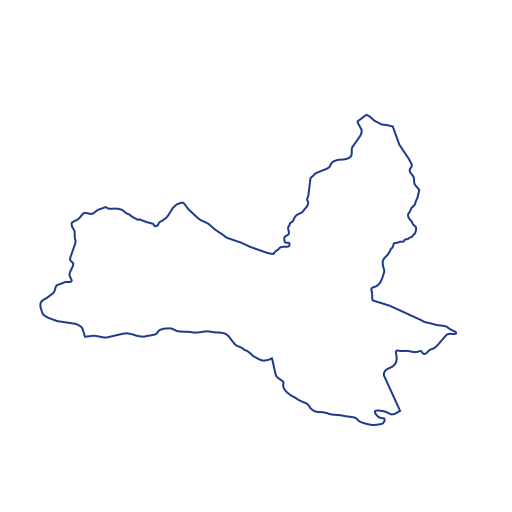 the Province of Khon Kaen, rotated 97°
{"feature_id": "THA-438", "entity_name": "Khon Kaen", "entity_type": "Province", "adm_level": 1, "iso_a3": "THA", "parent_name": "Thailand", "parent_adm1": "", "projection": "equal_earth", "projection_center": [102.567, 16.348], "detail": "fine", "context": "isolated", "style": "outline", "palette": "blue", "viewbox_px": 512, "rotation_deg": 97, "n_neighbors": 0, "source": "natural_earth", "source_scale": "10m", "svg_char_len": 6119}
<svg xmlns="http://www.w3.org/2000/svg" viewBox="0 0 512 512"><g transform="rotate(97 256 256)"><path d="M152.3,113.9L153.5,113.6L154.6,112.8L157.6,109.8L159.1,108.9L160.9,108.4L163.6,108.0L165.2,107.4L166.4,106.4L167.1,105.6L170.6,102.0L178.3,102.8L182.1,104.0L185.3,104.5L185.9,104.8L188.7,107.0L189.9,107.8L193.3,108.7L195.3,109.9L196.9,110.1L198.0,109.8L199.1,109.4L201.5,107.2L202.1,106.4L202.7,105.8L203.4,105.2L204.7,104.6L205.4,104.0L206.0,103.4L206.8,102.0L207.7,101.0L208.5,100.6L209.7,100.4L211.4,100.4L214.0,100.9L215.1,101.6L216.4,102.8L217.8,103.4L218.2,103.9L218.9,105.4L219.3,106.0L220.3,106.9L220.8,107.5L221.1,109.2L221.4,109.9L222.0,110.4L223.3,111.0L223.7,111.5L224.0,112.3L224.1,114.0L224.3,114.8L225.4,116.8L226.4,120.1L227.0,120.7L228.0,121.0L229.9,121.2L231.5,122.0L232.7,123.0L235.3,123.8L235.8,124.1L238.8,125.5L242.7,128.5L245.1,129.4L247.1,129.5L250.5,128.7L254.0,127.2L255.7,126.8L256.6,126.9L263.1,128.1L266.4,129.2L267.8,129.9L269.2,130.8L270.5,131.9L271.1,132.5L273.5,137.0L274.3,137.4L275.3,137.5L278.6,136.3L280.4,135.9L283.9,135.5L285.1,135.2L285.6,135.0L286.1,133.5L289.0,117.5L299.2,85.3L300.7,81.3L301.0,80.4L301.2,79.3L301.3,76.9L302.5,67.8L302.5,60.5L302.7,59.3L302.9,58.3L303.3,57.5L304.2,56.0L305.7,52.7L306.9,49.0L307.4,48.2L308.0,47.9L308.7,48.2L309.3,49.6L309.5,51.0L309.5,53.5L309.7,54.5L310.3,56.2L310.8,57.0L311.9,57.9L322.9,65.3L325.3,67.4L325.8,68.0L326.6,69.3L327.4,71.2L327.9,71.9L328.7,72.7L331.6,75.0L332.4,76.1L332.8,77.1L332.6,78.0L332.2,78.7L330.9,79.8L330.4,80.4L330.3,81.2L330.5,82.0L331.6,84.4L332.0,86.5L332.1,88.9L331.7,93.6L331.8,94.7L332.6,100.0L332.6,103.6L332.7,104.7L333.6,105.3L335.1,105.3L339.1,104.1L341.6,103.8L344.6,104.1L346.9,105.1L349.3,107.3L352.0,111.6L353.1,112.9L353.7,113.5L354.4,113.9L355.9,114.5L356.8,114.7L358.7,114.6L392.2,94.1L396.0,99.4L396.7,102.0L396.5,103.4L395.2,107.0L394.8,108.7L394.5,110.9L394.4,115.6L394.8,117.7L395.4,118.9L396.1,119.0L396.8,118.9L397.6,118.5L399.3,116.8L400.4,115.6L400.8,114.8L401.2,113.9L401.4,113.0L401.5,111.9L401.6,109.7L401.8,108.8L402.4,108.4L403.4,108.3L404.7,108.6L406.6,109.6L407.5,111.2L409.0,116.4L409.6,120.1L409.3,125.0L408.4,130.4L407.8,132.4L407.0,134.0L406.0,135.4L405.0,136.6L404.5,137.8L404.2,139.4L404.1,147.7L403.7,153.3L404.1,159.2L404.0,162.0L403.9,163.9L403.3,166.3L402.9,171.2L403.3,175.7L403.2,177.0L402.9,178.9L401.9,181.3L400.4,183.4L399.7,183.9L397.3,186.1L396.4,187.4L394.0,195.4L393.2,197.3L392.5,198.7L392.0,199.3L390.7,203.0L389.9,204.7L387.7,208.5L385.6,210.9L383.9,212.2L382.3,213.0L380.6,213.4L378.9,213.3L378.1,213.4L377.4,213.9L376.9,214.5L374.5,219.0L373.3,220.6L372.1,221.5L370.7,222.3L357.4,227.0L355.6,227.8L356.3,228.5L357.8,231.7L358.7,234.5L359.0,236.6L358.3,240.0L355.8,246.3L354.6,248.2L354.1,248.6L353.6,249.3L351.4,253.0L350.6,256.1L350.2,256.8L349.7,257.4L349.1,258.5L348.5,260.0L347.8,262.9L346.8,265.5L342.8,269.8L342.2,270.2L339.3,273.0L338.3,274.4L337.4,275.8L337.0,276.9L336.6,278.4L336.4,281.6L336.8,287.9L336.6,293.9L336.8,295.8L337.3,298.1L338.6,302.6L339.6,307.5L339.4,312.1L340.2,321.9L340.2,324.2L340.0,325.8L338.4,330.5L338.3,332.2L338.6,334.6L339.5,339.2L341.1,342.3L342.3,343.7L344.1,344.5L344.8,344.9L345.9,346.1L347.2,349.3L349.0,355.6L349.5,356.5L349.8,357.9L349.9,359.8L349.8,363.7L349.3,367.1L348.8,369.0L348.5,373.7L348.6,375.7L349.2,378.2L355.1,394.3L355.3,395.8L355.4,397.9L354.9,404.2L354.9,406.7L355.1,408.2L357.0,415.9L350.2,418.9L349.2,419.5L347.8,420.6L347.2,421.6L346.4,423.3L345.5,426.1L345.3,427.1L344.9,442.6L345.0,443.8L344.7,446.0L342.6,455.0L341.3,458.0L340.4,459.7L338.2,461.3L333.1,463.6L331.4,464.0L329.5,464.1L327.9,463.7L327.2,463.3L326.0,462.3L324.4,460.4L323.5,458.9L317.5,452.7L316.3,452.2L314.6,451.5L313.2,451.4L310.7,450.9L309.6,450.2L308.8,449.4L307.5,446.5L305.6,443.2L305.2,442.4L304.9,441.4L304.7,438.8L304.3,436.9L303.6,436.2L302.8,435.9L302.1,436.2L299.4,438.0L297.1,438.9L295.6,438.8L293.5,438.3L289.0,436.7L286.9,436.4L285.6,436.5L283.5,439.1L282.9,439.7L282.3,440.1L280.1,440.1L265.6,436.9L263.4,436.8L259.5,438.2L254.3,438.9L253.5,439.1L252.8,439.5L249.4,442.1L246.6,443.0L245.6,442.8L244.8,442.4L241.5,437.5L240.5,436.5L239.1,435.4L236.2,433.6L234.8,432.5L234.1,431.3L234.0,430.2L234.3,426.4L234.3,425.4L234.2,424.3L233.9,423.3L233.5,422.6L232.3,421.5L229.5,418.5L228.7,417.0L225.8,411.2L227.0,408.0L226.8,405.4L226.2,402.4L225.9,398.5L226.5,394.5L229.5,389.8L230.2,386.8L231.1,385.6L233.0,381.8L234.4,377.8L233.9,375.9L235.7,368.7L236.1,365.3L236.6,362.2L238.1,360.6L238.8,360.1L237.6,357.2L235.0,356.4L234.4,356.0L233.8,355.5L232.4,353.3L229.0,349.8L226.2,348.0L218.5,344.4L214.9,341.4L214.1,340.4L212.2,336.5L212.1,335.3L212.1,334.5L213.5,332.9L217.6,329.1L225.5,318.3L227.2,315.1L229.3,308.5L230.0,306.9L235.3,299.0L235.6,298.1L236.9,295.8L238.0,293.2L240.2,289.5L241.3,287.2L241.8,285.7L244.7,271.8L247.5,263.5L251.5,245.7L251.9,241.5L251.8,238.9L249.0,237.2L248.4,236.6L246.8,234.7L244.7,233.2L244.3,232.6L243.9,231.2L243.4,229.4L242.9,225.7L242.3,224.6L241.6,224.1L239.5,224.3L239.1,224.8L238.9,225.5L239.2,227.4L239.1,228.2L238.8,228.7L237.6,229.5L236.2,230.0L234.6,230.1L233.9,230.0L233.2,229.5L232.5,228.8L231.1,226.9L230.4,226.3L229.8,226.1L228.3,226.2L225.5,227.3L224.1,227.6L223.4,227.5L221.5,226.6L219.4,226.3L217.3,224.0L216.6,223.5L212.4,222.1L211.8,221.7L210.4,220.6L209.8,219.8L207.2,215.9L206.6,215.3L205.9,214.8L203.1,213.2L201.0,211.6L198.7,210.8L197.0,210.6L196.2,210.8L194.5,211.9L193.9,212.2L193.3,212.2L189.9,211.4L172.6,211.4L171.7,211.1L170.8,210.4L169.5,209.1L168.1,208.3L166.9,207.1L165.6,205.1L160.9,196.6L159.6,194.8L158.2,193.7L155.8,193.0L154.1,192.0L153.3,191.3L152.4,190.2L151.1,187.6L150.3,185.1L149.5,180.8L148.9,178.7L148.2,177.1L146.6,174.9L146.0,174.2L144.4,173.6L142.5,173.5L138.0,174.0L136.3,173.7L123.9,167.1L122.1,166.6L120.2,166.3L118.4,166.5L117.7,166.7L111.1,171.4L110.3,171.5L109.4,171.1L107.9,169.3L105.7,167.2L102.4,163.5L103.6,160.3L107.3,154.9L110.0,147.8L110.2,146.0L110.2,144.3L110.0,143.1L110.8,136.0L127.9,127.4L141.3,115.9L146.0,112.7L147.7,112.4L148.4,112.5L150.7,113.7L152.3,113.9Z" fill="none" stroke="#1e3a8a" stroke-width="2"/></g></svg>